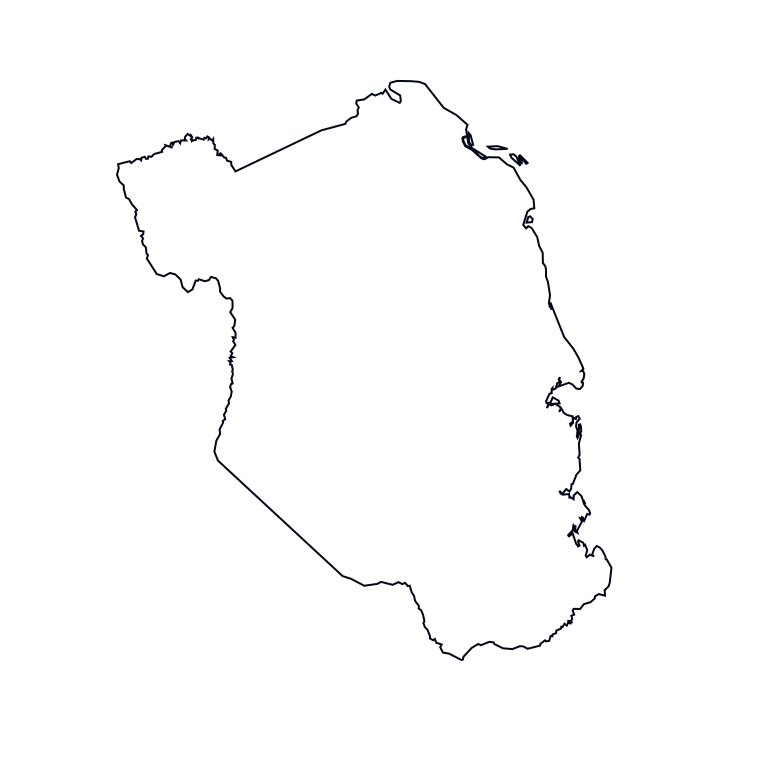 outline of Buzi, Sofala, Mozambique, rotated 344°
{"feature_id": "85939544B98429522964184", "entity_name": "Buzi", "entity_type": "district", "adm_level": 2, "iso_a3": "MOZ", "parent_name": "Mozambique", "parent_adm1": "Sofala", "projection": "equal_earth", "projection_center": [34.585, -20.074], "detail": "fine", "context": "isolated", "style": "outline", "palette": "ink", "viewbox_px": 768, "rotation_deg": 344, "n_neighbors": 0, "source": "geoboundaries", "source_scale": "gbopen_adm2", "svg_char_len": 6131}
<svg xmlns="http://www.w3.org/2000/svg" viewBox="0 0 768 768"><g transform="rotate(344 384 384)"><path d="M466.5,101.4L462.7,104.6L461.8,103.4L455.1,104.3L452.3,101.8L443.4,105.0L435.9,104.0L434.6,106.8L436.0,111.2L434.1,113.4L433.4,117.2L431.4,119.0L425.9,119.1L420.1,121.3L418.6,123.3L393.9,122.9L299.8,138.7L297.6,131.4L298.3,128.3L294.7,126.1L294.5,123.1L292.9,122.3L290.6,117.2L289.6,117.4L289.7,119.1L286.8,118.0L288.5,113.7L286.0,111.4L287.3,107.4L286.3,105.9L287.3,101.6L286.0,102.8L284.3,100.0L282.9,100.6L283.6,98.6L282.5,97.3L280.4,98.8L279.2,97.8L278.0,99.4L273.7,96.6L272.6,97.2L273.4,96.1L272.8,95.7L271.4,95.5L270.5,97.4L267.4,97.4L266.8,95.8L266.1,96.9L265.8,95.4L267.7,93.9L266.9,91.5L266.3,92.2L264.1,89.5L261.1,91.5L260.0,93.7L260.8,95.3L256.0,93.9L254.4,96.4L253.4,93.8L249.3,93.7L247.1,95.9L247.4,93.7L245.9,93.6L244.4,95.6L244.6,97.7L239.6,94.1L239.6,95.3L234.9,97.9L234.7,99.7L226.4,99.6L223.1,101.5L220.3,100.3L219.0,102.4L217.2,101.9L216.7,99.7L213.2,99.7L212.2,102.1L211.0,100.4L208.1,99.6L201.9,101.9L201.1,99.8L189.0,99.4L188.5,103.4L185.0,109.3L185.6,116.5L188.6,121.5L187.6,124.9L187.4,133.7L189.9,135.9L191.2,141.7L194.5,148.7L192.6,149.6L192.5,152.9L190.6,155.1L190.8,169.2L194.9,171.1L193.8,173.7L191.2,174.7L192.6,177.7L190.8,179.8L190.8,183.4L192.8,187.1L191.7,192.8L192.6,195.2L190.6,198.0L195.9,215.7L202.1,219.8L208.8,218.3L213.6,221.1L217.3,227.6L217.1,235.5L220.9,241.6L225.9,240.3L231.5,232.7L233.5,233.5L234.7,232.2L240.3,235.9L244.5,235.8L247.2,233.4L251.6,236.1L253.0,239.1L252.8,246.9L251.8,249.8L253.9,255.6L256.1,258.4L259.8,259.1L261.3,262.3L259.4,269.2L256.0,272.5L258.7,281.3L256.1,287.0L253.9,288.3L255.4,293.9L254.0,298.6L251.5,297.3L251.9,300.3L250.8,301.3L251.9,305.6L245.5,310.5L246.7,312.5L244.4,315.1L246.5,316.7L242.9,316.4L244.0,320.0L241.5,319.4L242.4,321.1L241.4,322.8L242.9,323.9L242.6,328.6L241.6,329.8L241.6,332.7L238.9,336.7L238.6,341.8L237.0,341.8L235.2,344.5L235.5,349.3L233.3,353.8L230.0,357.0L229.7,359.9L225.1,364.2L225.0,366.2L221.6,369.5L221.7,374.1L218.9,375.0L218.6,376.9L213.5,382.3L212.6,387.0L207.2,392.3L202.3,402.3L203.3,411.9L291.3,557.3L298.9,562.4L309.4,572.5L322.6,574.3L326.6,573.4L336.9,579.4L343.4,578.5L346.4,581.4L349.6,581.0L351.2,584.8L353.1,585.0L353.2,592.0L354.5,595.9L354.1,600.9L356.4,607.1L355.4,609.3L357.3,611.7L357.9,616.6L357.5,623.2L356.0,624.6L356.3,628.9L358.0,632.1L358.7,638.8L358.1,641.3L360.7,643.9L362.6,643.1L363.0,647.2L367.6,650.3L365.5,652.5L366.6,658.4L372.2,661.1L382.3,670.6L383.9,670.6L385.1,668.2L395.6,661.8L402.9,659.9L405.1,661.8L414.0,660.9L418.1,662.5L418.4,664.4L425.6,670.9L434.4,674.2L442.4,673.5L445.7,674.7L449.0,678.1L461.9,678.5L462.8,676.9L468.1,674.8L468.9,676.1L472.0,676.4L474.7,672.2L476.3,672.9L477.0,671.3L480.8,670.9L481.7,668.5L486.7,667.9L487.5,666.2L488.6,666.8L491.4,664.2L493.1,666.6L495.2,664.3L496.7,665.2L496.5,663.6L495.4,663.6L495.9,662.5L497.5,663.4L497.7,665.2L498.8,665.0L498.5,663.1L500.2,661.7L500.2,658.4L503.2,658.1L502.9,653.8L504.3,652.4L510.6,654.3L515.5,650.7L522.6,650.6L527.7,648.1L528.1,646.4L532.4,645.1L538.1,648.4L539.3,643.0L544.1,640.4L546.3,637.1L552.0,623.3L549.8,614.1L548.8,613.6L549.3,611.0L548.1,604.2L546.2,600.5L543.8,598.4L540.6,600.4L537.0,605.4L538.3,607.6L534.8,604.8L531.1,606.4L530.6,604.6L533.6,599.6L533.0,594.0L531.7,594.7L531.7,591.4L527.9,587.9L527.1,588.9L527.4,593.3L525.9,593.6L524.7,590.7L524.1,579.5L519.2,581.8L520.1,580.6L519.5,580.0L525.3,576.4L526.9,572.3L528.9,573.5L527.0,578.4L529.0,580.4L528.9,578.5L536.3,570.8L535.5,566.9L537.6,568.1L537.8,566.7L538.4,567.3L537.9,569.1L536.1,567.6L538.5,571.0L543.5,564.9L545.4,566.2L546.5,565.1L546.3,561.7L543.7,556.3L543.5,554.0L544.3,553.9L544.0,552.1L543.2,553.0L543.0,546.4L540.0,541.2L535.7,543.4L534.5,547.0L531.7,543.7L530.8,545.3L531.6,540.8L525.2,539.6L523.6,538.0L523.1,535.1L525.4,538.6L530.2,535.2L532.6,538.5L535.0,536.3L536.7,532.0L538.0,532.1L544.0,524.2L548.9,521.1L551.3,510.0L550.4,508.3L552.5,506.0L554.9,495.0L559.3,487.6L559.0,485.4L560.6,483.8L561.5,479.4L561.5,476.9L560.2,476.8L557.3,486.4L555.2,489.2L554.9,487.6L557.2,482.1L556.9,477.7L558.4,474.1L562.6,471.3L561.9,468.4L559.6,468.7L558.8,470.5L556.6,468.5L554.9,473.6L551.9,475.5L551.9,473.6L555.1,472.3L556.4,467.1L551.5,464.3L548.9,461.3L547.8,456.9L544.6,458.9L546.9,456.7L547.2,454.9L543.0,450.1L539.1,450.7L537.1,448.9L533.9,452.1L537.3,447.5L535.0,447.2L535.0,445.2L540.4,439.0L542.6,439.0L543.8,435.0L544.8,434.3L544.3,435.7L545.1,436.1L547.9,435.5L550.7,431.0L553.3,430.4L553.2,427.7L554.0,426.7L555.1,426.1L553.5,428.0L554.7,431.0L550.9,434.5L562.0,433.8L565.0,436.4L567.6,441.4L570.9,442.9L574.6,440.5L575.6,437.5L574.5,437.1L574.6,436.1L577.4,433.8L579.3,429.6L579.0,426.1L577.1,425.9L579.9,424.2L578.2,412.1L575.8,402.4L570.1,388.4L566.5,352.6L565.4,353.3L565.9,358.9L564.7,355.0L564.8,351.8L568.1,344.3L569.7,331.2L569.3,325.4L571.3,318.8L571.5,315.2L570.1,311.5L572.7,301.7L571.2,294.0L571.8,285.2L569.0,274.9L566.2,272.0L563.5,273.6L561.7,269.5L569.3,257.9L573.1,256.2L576.9,256.5L578.6,248.1L575.1,234.1L571.3,225.3L568.2,211.7L562.8,206.8L557.0,197.9L547.0,194.8L542.4,195.6L539.9,194.0L533.0,183.1L527.7,177.8L526.7,172.8L527.1,169.3L528.2,168.4L532.3,168.5L533.1,161.9L535.7,157.9L527.9,145.6L517.5,135.0L506.1,106.9L501.1,103.3L493.9,100.5L480.2,96.3L473.1,96.2L470.9,99.7L471.3,102.7L479.1,111.1L478.2,116.6L476.6,118.1L469.7,112.0L466.5,101.4ZM528.5,169.1L527.3,171.4L528.1,177.1L534.9,183.5L531.4,176.3L532.1,169.4L528.5,169.1ZM542.5,443.4L538.0,449.0L547.4,451.1L547.2,448.0L542.5,443.4ZM567.6,192.0L558.8,186.7L549.3,184.5L550.8,186.9L555.8,189.2L567.6,192.0ZM572.0,198.9L568.4,198.3L569.0,201.8L575.3,211.8L573.9,202.0L572.0,198.9ZM535.6,178.7L535.8,168.5L534.7,166.2L532.5,174.4L533.5,178.1L535.6,178.7ZM570.7,263.1L568.7,263.3L565.6,268.2L570.9,269.2L572.4,266.5L570.7,263.1ZM541.3,194.2L544.3,193.4L535.7,183.7L534.7,184.5L539.0,191.9L541.3,194.2ZM577.7,201.6L576.7,202.1L576.1,204.0L577.0,210.7L577.7,207.8L576.5,204.0L577.6,202.5L581.4,211.5L583.0,211.0L577.7,201.6ZM526.3,576.4L527.0,575.3L527.1,573.3L526.1,574.9L526.3,576.4Z" fill="none" stroke="#020617" stroke-width="2"/></g></svg>